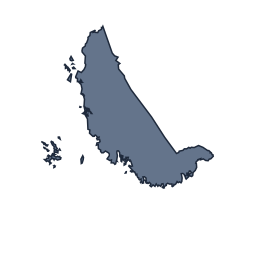 Camarines Norte, Camarines Norte, Philippines (orthographic projection), rotated 212°
{"feature_id": "2640588B74898440822212", "entity_name": "Camarines Norte", "entity_type": "district", "adm_level": 2, "iso_a3": "PHL", "parent_name": "Philippines", "parent_adm1": "Camarines Norte", "projection": "orthographic", "projection_center": [122.776, 14.169], "detail": "fine", "context": "isolated", "style": "filled", "palette": "slate", "viewbox_px": 256, "rotation_deg": 212, "n_neighbors": 0, "source": "geoboundaries", "source_scale": "gbopen_adm2", "svg_char_len": 5806}
<svg xmlns="http://www.w3.org/2000/svg" viewBox="0 0 256 256"><g transform="rotate(212 128 128)"><path d="M203.2,200.9L203.0,199.2L203.7,199.1L202.8,197.5L204.4,195.0L204.2,192.9L206.5,191.7L207.6,191.8L208.1,191.4L207.9,191.0L208.2,190.7L208.3,191.2L207.8,193.1L206.8,192.9L207.8,193.2L210.6,189.0L209.3,186.2L210.0,183.7L209.0,182.2L208.2,178.2L208.6,176.7L207.7,174.9L208.9,171.7L208.0,169.2L207.1,168.1L202.3,166.5L198.9,160.1L197.6,159.5L196.6,157.3L196.3,154.1L197.0,150.3L200.6,149.9L199.5,143.6L198.9,142.9L197.1,143.2L195.5,140.5L193.3,142.1L193.6,143.9L192.0,143.2L192.6,142.1L191.3,142.2L193.3,140.6L190.8,140.0L187.7,136.8L186.0,132.2L185.3,132.8L184.4,133.0L183.1,132.8L182.3,132.1L181.3,132.0L182.4,132.0L184.7,132.8L185.3,132.7L185.7,132.2L183.0,131.9L180.2,129.4L176.9,123.3L173.8,122.5L173.2,123.0L172.6,122.5L172.1,123.4L171.5,123.7L169.6,122.5L170.8,122.8L170.7,121.8L168.3,121.9L166.4,121.1L167.1,120.7L168.4,121.7L170.2,121.3L171.5,122.1L171.5,118.1L170.4,117.1L169.4,118.2L168.8,117.6L168.8,117.0L167.5,117.1L168.8,116.7L169.4,118.0L169.5,116.7L168.6,116.3L171.7,117.4L172.4,117.0L167.2,114.2L161.3,105.7L159.3,106.1L157.9,103.2L153.3,102.3L152.2,103.1L152.5,103.9L151.7,104.8L148.7,104.0L147.7,104.9L147.5,104.2L149.0,103.4L149.1,102.6L147.8,101.7L145.5,103.6L145.8,103.1L144.5,101.6L144.9,100.2L146.4,98.9L145.7,96.7L144.4,98.1L142.2,94.8L139.5,94.8L138.8,93.6L137.2,93.0L135.8,93.9L134.9,96.5L131.3,96.6L130.1,96.1L129.2,94.5L129.4,90.7L126.2,90.8L125.1,92.1L123.8,89.5L121.7,90.8L119.9,90.2L119.5,91.0L120.4,94.0L119.8,94.1L120.4,94.4L122.3,98.9L124.3,101.0L125.1,102.6L124.7,103.1L123.9,103.6L122.1,102.7L119.6,99.3L118.1,99.2L119.2,101.3L117.5,101.6L116.4,98.4L117.0,98.0L118.1,98.7L116.4,96.2L115.5,96.1L116.3,98.5L115.7,99.0L114.9,98.5L115.0,99.2L113.1,101.2L114.2,102.0L112.2,103.3L111.4,101.0L111.7,100.0L113.3,99.7L113.4,99.1L113.2,98.1L112.0,97.9L111.7,96.5L112.5,96.0L111.6,94.5L110.7,96.1L111.4,97.7L111.2,100.6L109.4,101.9L108.9,100.9L108.1,101.4L104.1,98.1L104.8,97.2L107.2,96.9L107.2,96.1L99.5,93.9L99.1,94.3L96.3,92.4L96.0,93.4L94.4,91.7L93.3,91.1L92.7,91.5L91.4,90.2L90.6,90.2L89.9,91.6L88.4,89.6L88.8,88.7L88.4,88.4L88.0,89.6L86.7,89.4L86.5,88.8L85.7,89.6L86.9,91.3L87.0,92.6L89.4,94.4L88.2,95.4L86.2,95.1L85.0,93.3L85.5,92.7L84.5,92.8L84.2,91.6L84.4,92.0L84.7,91.9L83.5,91.0L82.5,91.2L82.6,91.9L81.4,91.9L81.1,93.2L78.8,92.6L78.9,90.7L77.1,90.5L76.6,93.0L74.2,92.8L74.4,95.5L71.8,94.4L71.6,95.9L69.2,95.9L69.8,98.3L68.8,99.3L67.5,97.9L67.2,95.8L65.8,96.0L65.5,96.5L66.5,97.2L65.1,99.6L65.8,100.3L65.1,102.1L62.9,102.5L61.1,103.8L59.7,101.8L59.2,101.9L58.7,103.2L59.1,104.5L58.3,104.6L57.8,105.9L58.0,108.6L56.5,108.2L55.7,109.7L54.0,109.6L54.0,111.1L55.6,114.3L58.7,117.5L57.4,118.5L55.7,118.4L54.7,117.4L54.0,118.1L53.0,116.2L51.6,115.5L50.7,118.9L51.4,119.5L52.7,119.1L53.7,120.3L51.8,120.3L53.6,121.3L52.7,122.0L53.2,124.0L52.5,124.5L50.5,123.8L51.5,121.2L51.0,120.1L48.3,120.6L47.9,121.9L49.2,124.7L48.5,127.6L48.9,131.0L51.2,134.1L51.9,134.0L52.3,135.8L51.5,137.7L52.0,138.2L50.1,140.6L49.7,139.4L47.7,141.7L45.0,141.6L42.7,142.7L42.6,144.7L41.5,145.6L40.7,149.2L41.8,150.3L42.4,149.9L44.1,151.1L45.0,150.7L44.9,151.2L47.5,151.7L48.4,151.1L54.2,151.3L58.9,150.5L61.5,146.5L64.1,145.2L64.6,143.8L66.2,143.8L67.2,141.4L69.2,140.2L69.6,138.1L72.3,135.5L72.0,134.1L73.4,132.1L91.9,139.5L113.8,149.8L146.0,162.2L157.2,168.4L158.8,170.3L167.2,173.0L169.8,176.5L169.1,178.4L174.1,178.8L174.0,182.8L177.6,182.1L181.1,183.2L203.2,200.9ZM179.4,56.4L178.8,57.5L177.4,57.7L176.6,61.5L175.0,62.5L173.8,61.8L173.9,62.8L172.8,63.5L170.9,63.4L168.7,65.8L169.1,67.2L170.1,67.0L170.8,67.7L171.9,66.6L172.7,66.8L173.7,65.2L176.9,65.1L175.7,66.9L178.4,66.3L178.2,64.4L177.3,63.0L181.2,62.8L181.3,61.6L180.0,61.8L179.2,60.1L180.7,59.5L180.7,58.0L182.1,57.0L179.4,56.4ZM184.0,76.3L185.9,76.1L185.9,75.4L183.1,73.6L180.7,73.1L179.8,71.1L178.3,71.1L178.5,69.3L177.8,68.7L177.1,68.3L177.0,69.0L174.3,69.7L175.3,71.7L176.6,71.0L177.3,71.5L177.0,73.0L179.3,74.0L180.6,75.4L182.7,75.2L184.0,76.3ZM201.3,136.7L204.3,143.7L205.0,143.7L204.9,136.8L201.3,136.7ZM151.4,76.6L148.8,73.1L148.3,74.0L149.2,77.4L150.2,79.5L151.7,80.5L151.4,76.6ZM174.2,116.3L173.1,116.4L172.6,117.2L172.3,120.0L173.1,122.0L172.6,122.2L173.3,122.8L173.4,122.4L175.5,122.1L174.8,122.5L176.2,122.5L177.4,123.6L173.7,120.0L173.4,117.9L174.2,116.3ZM212.7,154.9L211.3,155.2L210.3,156.4L214.2,158.5L214.0,155.9L212.7,154.9ZM212.6,145.4L211.2,147.5L215.2,148.6L215.3,147.8L214.1,147.8L212.6,145.4ZM188.1,69.5L186.9,70.0L187.0,71.1L188.6,70.3L190.3,71.1L194.3,70.6L191.0,70.2L190.6,69.5L189.2,70.2L188.1,69.5ZM207.0,149.6L206.2,149.1L204.4,150.3L206.4,150.9L207.0,149.6ZM209.5,145.1L208.3,146.6L210.6,147.5L210.5,146.2L209.5,145.1ZM179.7,82.6L181.3,84.0L182.3,83.4L181.9,82.7L179.7,82.6ZM183.9,65.7L183.1,66.2L183.2,66.9L184.7,66.4L183.9,65.7ZM103.6,92.7L101.6,92.6L100.9,93.3L101.9,93.5L103.6,92.7ZM172.0,122.0L171.0,122.8L171.2,123.4L172.0,123.2L172.0,122.0ZM169.9,55.2L169.3,56.1L169.5,57.0L170.4,56.4L169.9,55.2ZM207.6,144.9L207.5,146.1L208.3,146.5L208.1,145.4L207.6,144.9ZM175.3,56.3L174.6,57.0L174.6,57.5L175.9,57.0L175.3,56.3ZM174.9,74.0L175.0,72.9L173.8,73.3L174.9,74.0ZM187.6,66.5L187.5,67.1L189.1,67.0L189.0,66.7L187.6,66.5ZM176.6,57.4L176.2,57.6L175.4,57.6L176.9,58.4L176.6,57.4ZM179.9,120.1L179.1,120.4L179.0,120.9L180.1,120.7L179.9,120.1ZM106.4,88.4L105.8,88.9L106.3,90.0L106.5,89.8L106.4,88.4ZM209.3,153.3L209.3,152.6L209.0,153.0L208.7,153.1L208.4,153.3L209.3,153.3ZM173.0,122.0L172.4,121.7L172.5,122.2L173.0,122.0ZM177.5,67.9L176.9,67.6L177.4,68.2L177.5,67.9ZM186.1,66.8L185.6,66.6L185.4,67.0L186.1,66.8ZM170.7,57.1L170.1,57.1L170.5,57.3L170.7,57.1ZM175.5,55.3L174.8,55.1L175.1,55.3L175.5,55.3ZM208.7,145.2L208.5,145.6L208.5,146.1L208.7,145.2Z" fill="#64748b" stroke="#1e293b" stroke-width="1.5"/></g></svg>